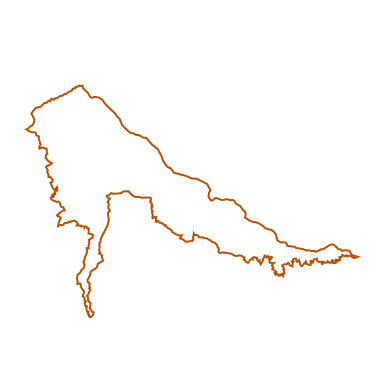 Girón, Santander, Colombia, rotated 175°
{"feature_id": "7082276B75603088073292", "entity_name": "Girón", "entity_type": "district", "adm_level": 2, "iso_a3": "COL", "parent_name": "Colombia", "parent_adm1": "Santander", "projection": "albers", "projection_center": [-73.264, 7.05], "detail": "fine", "context": "isolated", "style": "outline", "palette": "amber", "viewbox_px": 384, "rotation_deg": 175, "n_neighbors": 0, "source": "geoboundaries", "source_scale": "gbopen_adm2", "svg_char_len": 6057}
<svg xmlns="http://www.w3.org/2000/svg" viewBox="0 0 384 384"><g transform="rotate(175 192 192)"><path d="M40.2,119.7L44.8,120.7L47.6,120.2L48.5,121.5L51.5,122.7L54.6,126.5L56.7,127.5L58.8,127.4L66.2,123.6L68.5,123.7L72.5,121.9L74.5,121.8L75.2,122.8L78.3,122.7L80.2,123.7L83.0,123.8L87.1,125.7L93.2,127.1L94.2,128.4L101.3,129.9L101.9,130.3L102.2,132.5L102.8,133.1L104.7,134.0L108.0,134.0L111.2,136.4L112.0,142.0L114.0,145.5L117.2,147.8L119.6,148.3L122.8,150.1L124.1,152.0L129.0,155.5L136.6,158.0L141.4,161.9L140.4,165.3L141.0,168.1L142.6,169.4L145.1,173.7L149.3,176.6L150.8,179.7L152.4,180.6L154.3,180.5L157.9,181.8L162.6,181.3L168.6,183.9L170.0,183.6L172.2,181.7L173.7,181.8L175.5,184.6L175.9,186.5L175.0,190.1L173.5,192.2L176.2,198.6L186.4,204.9L191.1,205.4L196.5,208.5L208.2,212.7L211.4,217.8L213.1,218.3L215.0,220.0L217.9,225.2L219.6,231.4L222.4,237.7L228.0,243.0L232.8,249.9L235.9,250.4L239.6,253.1L243.1,253.9L245.4,255.5L248.6,256.5L254.7,263.2L256.2,266.0L257.8,271.4L259.9,273.5L261.2,276.2L270.3,286.6L273.7,292.2L276.5,294.1L279.8,295.2L281.5,295.3L283.3,294.5L285.0,295.3L287.1,299.9L291.4,304.5L291.8,307.6L293.6,307.2L295.4,307.8L296.6,306.8L298.6,307.0L299.2,305.7L300.4,305.8L301.1,305.0L302.1,305.0L302.8,303.5L305.8,302.6L309.3,300.4L310.5,300.6L313.6,299.0L314.9,299.3L318.2,297.3L320.4,297.3L321.7,295.9L324.0,297.2L325.3,294.9L326.8,295.4L329.2,293.5L331.2,293.5L335.3,290.2L340.6,289.3L344.8,284.7L345.1,283.9L342.8,278.5L343.0,275.7L345.1,272.3L346.5,272.1L350.4,269.1L351.5,268.8L347.6,265.8L342.8,265.0L342.0,261.9L339.7,260.7L340.0,258.1L338.6,252.5L340.5,249.8L340.2,248.5L338.0,249.2L335.9,249.1L334.9,248.1L333.6,248.2L332.9,246.9L333.3,244.3L332.7,242.9L334.2,241.6L334.9,238.8L332.9,235.8L329.2,232.8L331.5,231.3L334.3,230.6L335.3,229.4L333.7,226.3L334.5,224.8L333.5,221.8L333.6,219.4L332.0,219.5L329.7,216.0L330.4,214.2L332.2,213.7L330.4,208.0L328.9,205.9L326.1,208.6L325.8,207.5L326.3,205.4L328.7,203.7L328.3,202.6L329.2,202.2L329.4,202.7L330.7,201.8L329.5,201.2L330.7,200.7L330.3,199.3L330.8,199.1L331.2,200.1L331.8,200.3L333.2,198.4L332.8,197.0L331.7,196.0L327.8,194.0L325.7,194.0L324.9,193.4L324.0,189.4L322.9,188.1L321.6,188.1L320.4,184.8L321.8,185.0L328.0,181.2L328.5,180.2L327.9,179.4L327.2,179.9L325.1,177.9L327.6,172.7L328.4,169.7L326.8,170.5L323.4,170.5L321.3,172.3L318.8,172.0L317.8,173.1L315.5,172.6L314.5,173.5L311.2,173.6L309.5,172.1L308.3,169.8L308.1,169.2L309.1,169.4L309.7,168.6L305.3,168.2L305.4,167.3L301.9,167.1L302.0,166.3L301.5,166.9L299.9,166.5L299.7,165.2L298.0,164.7L298.7,159.7L294.6,158.2L294.7,155.5L299.0,153.2L298.6,151.2L299.9,146.7L299.8,144.9L301.9,145.2L301.7,141.2L304.5,136.1L305.3,132.8L306.2,131.9L305.4,128.3L306.8,125.4L309.2,123.7L310.2,121.6L313.2,119.5L314.2,115.2L313.7,112.5L314.1,110.3L312.3,110.8L311.5,110.5L310.8,109.5L311.1,108.3L310.2,105.2L308.5,103.4L308.2,101.5L310.0,97.7L308.5,96.3L308.4,93.6L307.3,92.5L307.5,91.8L308.5,91.5L308.2,87.8L306.6,87.3L307.4,85.7L307.1,82.2L306.7,81.5L305.5,81.5L306.3,79.5L305.1,79.0L305.5,77.3L304.3,76.2L303.5,76.2L301.4,78.2L300.4,80.6L301.7,81.0L303.8,84.9L302.7,90.1L304.6,92.2L305.0,93.9L304.6,95.9L305.5,97.1L305.5,97.9L304.4,98.9L302.1,103.2L302.9,105.1L302.0,105.8L302.5,107.9L301.9,109.4L302.4,110.6L303.5,111.1L303.8,113.4L301.3,117.2L299.7,121.6L293.6,125.0L291.8,129.0L286.7,131.1L286.9,133.6L287.5,134.9L287.2,136.5L288.4,138.5L289.9,139.0L288.9,140.2L289.6,142.2L288.8,145.4L288.7,149.2L287.3,150.6L287.4,151.6L286.5,154.2L279.4,165.4L277.3,171.3L277.8,177.8L276.7,179.6L275.8,179.7L275.4,180.7L276.8,183.3L276.0,186.6L276.4,189.1L276.9,189.5L274.4,192.7L276.7,193.9L277.2,195.6L275.4,196.0L272.6,198.0L270.9,197.2L266.1,196.9L262.7,197.1L260.1,198.6L255.0,198.2L252.4,194.2L249.4,192.2L244.8,191.6L242.4,190.6L237.3,190.5L233.7,189.8L233.4,188.6L234.2,187.1L233.8,186.7L234.5,185.1L233.2,184.2L232.9,182.4L233.5,182.1L232.9,180.7L233.7,180.3L233.6,177.2L232.8,176.3L233.6,175.2L233.0,170.8L233.7,170.4L233.7,169.5L232.9,169.2L232.1,170.0L229.9,170.2L230.7,165.5L228.9,165.6L228.5,166.2L226.7,164.1L226.1,164.3L223.7,162.9L222.5,161.0L221.3,161.3L221.3,160.6L219.0,158.0L218.0,157.7L215.2,154.9L215.2,153.8L212.1,151.4L208.6,149.8L205.9,149.8L208.0,146.8L205.1,145.5L202.6,143.0L198.5,143.0L197.3,143.6L195.9,143.3L194.7,144.7L195.0,146.0L193.8,150.4L193.2,148.8L191.1,148.8L189.5,147.8L189.2,146.6L186.5,145.8L185.2,146.0L184.3,145.2L181.3,144.5L179.7,143.1L178.4,142.8L176.6,140.8L173.8,139.4L171.6,136.9L171.3,134.8L170.2,133.4L170.9,129.9L170.3,129.3L169.2,128.7L167.1,129.2L160.6,127.8L157.9,126.8L154.1,124.3L150.2,124.7L147.7,124.0L146.6,122.4L145.3,122.2L146.2,120.0L145.4,119.9L144.5,117.9L142.5,116.6L141.8,116.8L139.9,119.6L138.2,120.4L137.5,119.7L137.5,120.6L136.5,121.7L135.6,121.2L135.0,121.6L132.7,120.5L133.2,119.1L131.9,117.3L130.6,118.0L130.8,116.2L129.9,114.0L127.0,118.1L127.1,119.1L126.0,120.1L125.3,122.3L124.6,122.4L123.4,120.3L121.9,121.5L121.2,118.9L119.7,120.7L118.2,120.4L118.0,119.8L120.9,116.8L120.8,114.9L118.5,114.1L116.6,114.2L118.9,111.9L117.6,109.6L118.7,108.2L115.1,105.3L115.1,104.6L116.8,104.1L116.1,102.4L115.1,103.5L114.6,102.5L112.9,102.4L113.1,101.1L111.6,101.0L110.3,102.4L108.8,100.6L108.7,102.7L107.0,102.7L107.3,104.5L106.8,106.1L107.8,107.0L107.1,108.6L108.6,110.6L108.4,111.2L106.3,111.9L104.0,111.8L102.7,113.0L101.4,112.1L101.1,110.6L98.5,109.1L97.9,112.6L97.0,113.8L98.4,114.0L96.8,116.4L94.4,116.7L93.7,113.7L93.1,113.2L91.3,114.9L90.3,109.4L89.1,108.4L84.7,112.8L84.4,110.4L83.5,110.5L81.9,109.1L80.1,109.0L79.9,113.0L79.1,112.9L79.0,111.2L77.9,111.0L77.3,111.5L77.3,113.1L75.8,114.5L74.3,114.1L73.4,114.6L73.2,112.3L71.5,111.3L68.5,111.3L69.0,109.4L68.6,108.8L67.8,109.2L67.2,110.8L66.4,110.7L65.7,109.9L63.2,110.0L62.9,111.3L61.1,109.3L59.4,110.1L58.3,111.9L57.2,111.1L58.0,109.0L55.1,108.7L53.9,110.1L55.1,111.1L54.8,112.1L52.6,111.9L52.1,110.6L50.7,111.2L50.3,111.5L50.8,114.3L48.7,114.1L47.7,116.2L45.3,114.6L44.0,115.5L42.6,114.1L42.0,114.9L40.1,114.6L36.5,112.1L32.5,113.0L37.8,115.1L39.0,116.7L40.2,119.7Z" fill="none" stroke="#b45309" stroke-width="2"/></g></svg>